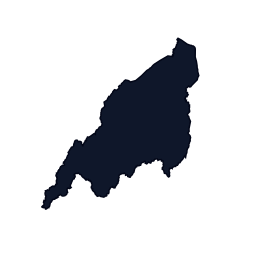 the district of Ta Veaeng, Rôtânôkiri, Cambodia, rotated 195°
{"feature_id": "14789045B64125639781639", "entity_name": "Ta Veaeng", "entity_type": "district", "adm_level": 2, "iso_a3": "KHM", "parent_name": "Cambodia", "parent_adm1": "Rôtânôkiri", "projection": "natural_earth1", "projection_center": [107.276, 14.308], "detail": "fine", "context": "isolated", "style": "filled", "palette": "ink", "viewbox_px": 256, "rotation_deg": 195, "n_neighbors": 0, "source": "geoboundaries", "source_scale": "gbopen_adm2", "svg_char_len": 5775}
<svg xmlns="http://www.w3.org/2000/svg" viewBox="0 0 256 256"><g transform="rotate(195 128 128)"><path d="M142.9,173.7L143.9,172.4L144.3,171.2L145.8,169.1L145.6,168.2L145.8,167.6L146.9,167.1L147.8,165.7L146.8,164.1L149.0,161.3L150.7,161.6L151.0,161.4L151.6,160.2L151.6,159.7L152.0,159.3L152.0,158.1L153.0,156.0L153.4,154.4L153.9,153.4L154.7,153.5L154.8,153.2L154.7,152.7L155.2,151.7L155.4,149.6L157.8,146.8L156.1,143.2L156.6,141.6L157.9,140.2L158.2,139.2L158.2,137.7L157.9,137.0L158.1,135.6L157.8,135.1L157.7,134.0L157.3,133.5L157.5,130.4L157.2,129.6L156.3,129.2L156.0,128.4L155.4,128.1L155.4,126.9L154.1,125.9L154.0,123.5L154.3,122.7L155.9,121.4L156.6,118.9L157.9,117.9L158.4,115.3L157.9,113.5L158.8,113.9L159.4,113.7L162.4,110.0L163.6,108.9L164.7,108.9L164.9,108.6L164.9,107.7L165.3,106.9L165.2,105.8L165.8,105.1L165.0,104.9L166.3,103.2L167.1,99.1L167.4,99.2L167.8,100.2L169.0,100.7L169.2,102.1L169.5,102.4L171.0,102.7L172.6,101.8L173.1,102.5L174.1,103.1L175.3,102.6L175.8,102.1L176.1,100.3L175.8,99.5L176.2,98.7L175.9,96.5L176.7,95.0L177.4,95.0L177.8,94.5L177.8,93.8L178.8,91.2L178.8,90.2L179.5,88.9L178.6,87.8L178.6,86.9L179.2,85.7L179.6,81.8L180.5,80.7L180.5,78.9L181.4,78.5L181.3,77.4L181.0,77.5L180.6,77.2L179.8,75.7L180.8,75.1L181.7,75.0L182.6,73.5L183.0,73.3L183.4,71.4L183.2,70.5L183.5,69.9L184.0,69.7L183.9,69.1L184.5,68.3L184.2,66.8L185.4,65.9L184.8,65.0L185.3,64.2L185.3,63.5L184.9,62.8L183.8,62.2L184.0,61.7L183.3,60.8L183.5,60.6L183.3,59.2L183.6,58.9L183.1,57.0L182.0,55.8L182.2,55.4L183.2,55.0L183.2,54.0L183.4,53.8L183.8,52.4L184.8,52.6L185.2,52.1L185.8,52.3L186.8,51.3L186.9,50.8L188.0,50.1L188.3,49.0L188.0,47.7L189.2,47.2L189.7,47.4L190.5,46.5L191.5,46.0L191.0,45.2L191.3,44.5L191.1,43.0L190.3,41.5L189.6,41.2L189.7,38.8L189.3,38.3L189.0,36.8L189.0,36.4L189.7,36.6L190.4,36.4L190.4,34.3L189.6,33.5L189.3,31.8L189.5,31.3L189.9,31.2L190.7,29.9L190.8,29.5L190.5,29.3L189.1,29.1L188.2,29.7L186.8,28.8L186.7,28.4L186.3,28.4L185.4,29.3L184.9,30.4L183.9,30.5L183.9,31.2L183.5,32.2L183.7,35.5L183.4,36.3L182.9,36.7L182.4,39.3L180.2,40.4L179.7,41.8L178.9,41.7L178.5,42.0L178.4,42.6L177.6,43.2L178.1,43.6L177.8,44.7L177.1,45.0L176.5,46.2L175.9,46.3L174.8,45.5L173.3,45.4L171.4,46.3L171.0,47.2L170.5,47.4L170.1,48.2L170.2,49.3L169.6,50.0L171.0,52.6L170.8,54.2L170.0,54.5L169.1,54.2L167.9,55.2L167.5,55.9L168.4,56.3L168.9,58.0L168.4,60.8L168.6,61.5L168.2,62.3L168.3,62.9L167.8,64.3L166.8,65.1L167.1,66.1L166.4,67.1L167.1,68.6L167.8,68.6L168.0,69.3L166.7,70.6L165.0,71.0L164.3,71.7L162.3,70.7L161.1,70.7L159.8,69.3L158.1,68.4L157.6,68.5L155.2,66.8L154.9,66.9L154.8,67.6L154.4,67.3L153.0,68.2L152.7,67.2L152.0,67.1L151.5,67.5L150.7,67.5L150.4,67.1L150.5,66.6L149.7,66.7L149.6,66.2L149.0,65.9L148.9,65.2L147.7,63.5L148.2,62.2L148.0,60.7L147.1,60.2L146.9,59.7L146.4,59.8L146.5,59.1L146.0,58.5L145.2,58.2L144.9,57.7L144.0,57.7L143.5,57.4L143.3,56.8L142.7,56.6L142.7,55.9L140.0,54.1L137.7,55.3L137.0,54.8L133.5,55.0L132.6,55.8L131.9,56.9L131.2,56.8L131.0,57.2L131.4,58.6L131.1,59.4L130.2,59.4L129.8,59.7L129.8,61.4L130.5,62.6L130.0,63.4L129.6,65.4L128.4,67.2L127.8,67.5L127.6,66.8L126.0,66.5L125.1,66.9L125.1,67.9L124.9,68.1L124.8,69.0L124.1,70.5L124.1,71.3L123.4,72.2L123.6,72.9L123.5,75.3L123.9,75.6L124.0,76.3L123.8,78.0L124.4,78.8L124.5,79.9L124.1,80.2L123.7,81.1L122.6,81.8L122.1,82.5L120.9,82.6L119.9,83.5L118.5,82.8L118.1,81.7L116.4,82.6L116.0,82.1L115.7,81.1L113.5,80.9L113.1,81.1L113.0,81.5L113.3,82.2L112.7,82.5L112.3,83.5L111.7,84.0L111.7,85.3L110.9,86.8L111.0,90.7L110.2,92.1L110.3,92.9L109.5,93.0L109.3,94.3L107.7,94.3L106.8,95.2L106.2,95.3L106.1,97.5L105.8,98.1L104.6,98.6L103.8,99.9L102.7,100.2L102.4,98.5L100.6,98.2L99.4,100.4L98.7,100.1L97.0,100.0L96.5,102.6L95.3,102.4L95.2,102.7L94.4,103.2L94.5,104.0L94.1,104.7L91.9,105.8L91.4,105.5L90.7,104.5L89.5,105.6L88.8,105.6L87.9,106.1L87.1,105.3L87.0,104.8L86.6,105.0L86.5,105.4L85.7,105.2L85.2,103.8L84.7,103.1L84.4,102.0L84.6,101.6L84.1,101.2L83.8,100.2L84.6,98.3L84.3,97.7L84.3,97.1L83.2,96.8L82.4,96.0L81.1,93.7L78.9,93.7L77.7,92.1L76.2,91.2L75.5,91.8L75.4,92.6L76.1,94.1L76.3,95.9L77.5,97.2L77.1,98.3L77.4,99.8L76.3,100.0L75.4,100.6L74.9,100.4L75.0,100.8L74.2,102.1L73.2,102.9L72.0,103.2L72.0,104.1L71.2,104.7L70.6,104.8L70.2,106.1L70.3,107.1L68.9,107.9L67.8,111.2L67.3,111.4L66.1,115.7L64.8,114.6L65.1,117.8L64.8,119.2L65.3,122.1L65.1,123.8L64.5,125.3L64.7,127.2L65.2,128.2L64.8,129.3L64.9,131.0L64.5,131.6L65.0,132.5L65.1,135.0L66.2,136.7L67.7,137.6L68.8,138.7L68.1,140.5L68.9,142.9L69.4,150.6L71.4,153.0L72.4,154.9L73.3,155.2L74.1,156.6L74.1,157.0L72.7,159.6L73.0,159.8L73.0,160.8L73.8,162.3L74.0,164.4L74.7,164.8L74.4,165.4L74.5,166.1L74.9,166.1L75.8,166.9L75.9,167.9L76.5,168.5L77.7,168.1L78.2,168.5L78.9,168.5L78.8,170.0L79.8,169.9L80.7,171.2L80.2,171.3L80.4,173.2L79.9,173.2L79.7,173.8L79.1,173.7L79.1,174.5L78.5,175.7L79.6,176.6L79.6,177.3L80.1,177.4L80.1,177.7L81.3,177.9L81.7,178.8L81.4,179.7L82.2,180.8L82.2,181.5L81.2,182.5L80.3,184.2L79.0,183.6L78.1,184.1L77.4,185.8L73.6,192.5L73.7,194.8L73.2,196.9L75.4,200.8L75.8,202.5L76.8,204.1L77.5,206.3L79.2,210.1L81.5,214.0L83.3,221.1L83.8,222.4L84.4,223.2L86.1,224.1L87.0,223.9L88.2,224.2L89.5,224.0L92.5,224.3L99.4,226.8L102.9,227.6L103.5,226.3L102.9,226.1L102.9,225.6L102.0,225.9L101.6,225.1L102.2,224.3L101.9,223.7L102.5,223.4L102.1,221.7L102.7,220.8L102.5,219.3L102.8,218.6L102.8,217.4L103.3,216.8L103.3,216.0L103.5,215.9L104.0,216.3L104.3,215.8L104.1,215.3L104.5,215.1L104.1,214.6L104.2,212.9L103.7,212.7L103.6,211.9L103.1,211.9L104.0,209.8L103.8,209.6L103.5,210.0L103.0,209.9L103.0,209.7L103.6,209.5L103.4,208.5L108.1,207.9L114.0,202.0L119.0,196.5L120.1,194.9L121.4,192.1L122.2,191.6L122.5,190.7L124.7,188.4L128.4,182.0L132.8,175.8L137.7,173.0L138.7,173.6L140.3,173.9L142.9,173.7Z" fill="#0f172a" stroke="#020617" stroke-width="1.5"/></g></svg>